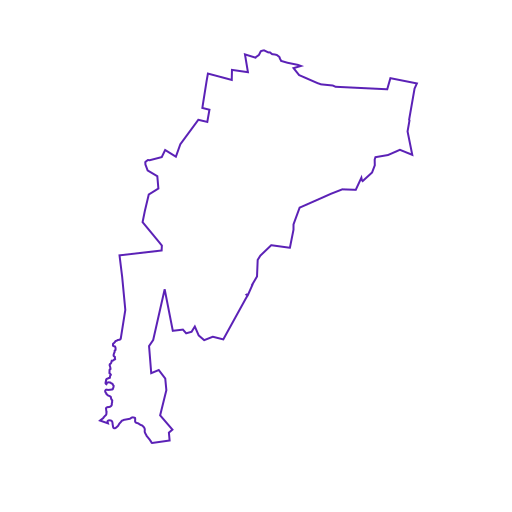 Bacadéhuachi, Sonora, Mexico, rotated 11°
{"feature_id": "50627088B33028528139861", "entity_name": "Bacadéhuachi", "entity_type": "district", "adm_level": 2, "iso_a3": "MEX", "parent_name": "Mexico", "parent_adm1": "Sonora", "projection": "robinson", "projection_center": [-109.205, 29.784], "detail": "fine", "context": "isolated", "style": "outline", "palette": "violet", "viewbox_px": 512, "rotation_deg": 11, "n_neighbors": 0, "source": "geoboundaries", "source_scale": "gbopen_adm2", "svg_char_len": 5776}
<svg xmlns="http://www.w3.org/2000/svg" viewBox="0 0 512 512"><g transform="rotate(11 256 256)"><path d="M138.3,232.8L138.2,244.4L155.7,258.8L161.6,263.7L162.3,268.6L121.9,281.4L128.6,302.0L136.8,329.8L138.0,333.9L139.0,362.9L138.8,363.0L138.8,363.4L138.6,363.8L138.4,364.0L138.1,364.2L137.6,364.4L136.8,364.7L136.4,364.8L136.1,365.1L135.6,365.5L135.4,365.8L134.5,366.2L134.3,366.4L134.2,366.6L134.1,366.8L133.9,367.5L133.6,367.9L133.2,368.5L132.8,369.1L132.5,369.3L132.4,369.6L132.5,370.2L132.7,371.1L132.7,371.3L132.8,371.4L133.2,371.5L133.6,371.6L133.8,371.7L134.0,371.7L134.5,371.7L134.8,371.7L134.9,371.8L135.1,372.0L135.3,372.4L135.7,373.1L135.8,373.6L135.9,374.3L136.0,374.6L136.0,374.9L136.0,375.1L135.7,375.4L135.6,375.6L135.4,375.8L135.3,376.1L135.5,376.9L135.5,377.4L135.4,377.9L135.2,378.5L135.2,378.8L135.1,379.9L135.1,380.5L135.3,381.1L135.5,381.4L136.0,381.6L136.6,381.9L136.7,382.0L136.8,382.1L136.8,382.3L137.1,383.5L137.2,383.8L137.4,384.1L137.3,384.3L137.0,384.6L136.5,384.8L136.1,385.3L135.8,385.7L135.4,386.0L135.1,386.2L134.9,386.3L134.5,386.4L134.4,386.4L134.4,386.5L134.3,387.0L134.3,388.0L134.3,388.3L133.9,389.3L133.5,389.8L133.3,389.9L133.2,390.0L133.1,390.3L133.1,390.5L133.2,390.9L133.2,391.1L133.2,391.3L133.5,391.7L133.6,392.0L134.2,393.1L134.3,393.3L134.4,393.7L134.4,393.9L134.6,394.2L134.7,394.5L134.7,394.8L134.4,395.0L134.0,395.5L134.0,396.0L134.1,396.3L134.1,396.6L134.2,396.9L134.2,397.3L134.3,397.9L134.4,398.3L134.4,398.8L134.7,399.2L134.9,399.3L135.0,399.3L135.3,399.4L135.4,399.5L135.5,399.6L135.8,399.9L136.1,400.1L136.2,400.3L136.0,400.6L135.8,401.3L135.7,401.5L135.6,401.8L135.7,402.2L135.7,402.7L135.8,403.2L135.8,403.3L135.7,403.4L135.7,403.5L135.3,403.7L135.1,403.7L134.8,403.9L134.4,404.0L134.1,404.4L133.8,404.7L132.9,405.1L132.7,405.4L132.5,405.9L132.5,406.2L132.5,406.7L132.6,406.8L132.7,407.0L132.7,407.3L132.5,407.9L132.5,408.3L132.5,409.1L132.6,409.4L132.6,409.6L132.7,409.8L133.3,410.3L133.6,410.4L133.7,409.9L133.8,409.3L133.9,409.1L134.2,408.8L134.3,408.7L135.1,408.2L135.5,408.1L136.2,408.1L136.4,408.1L137.1,408.0L137.3,408.0L137.8,408.4L138.0,408.5L138.6,408.7L139.0,408.7L139.4,408.8L139.8,409.2L140.2,409.8L140.7,410.3L141.0,410.5L141.1,411.0L141.1,412.3L140.9,413.2L140.8,414.0L140.7,414.2L140.5,414.4L140.1,414.4L139.6,414.7L139.1,414.9L138.7,415.0L138.4,415.1L137.7,415.3L137.1,415.5L136.5,415.7L135.9,415.7L135.2,415.7L134.7,415.7L134.4,415.8L134.2,416.0L134.0,416.3L133.8,416.9L133.7,417.1L133.7,417.3L133.8,417.7L134.3,418.6L134.7,419.0L135.2,419.3L135.3,419.4L135.4,419.5L135.5,419.7L135.5,420.0L135.9,420.3L137.1,421.0L137.6,421.2L138.9,421.4L139.8,421.7L140.0,421.8L140.4,422.1L140.5,422.3L140.6,422.8L140.8,423.2L141.2,423.8L141.3,424.1L141.4,424.4L142.2,424.9L142.4,425.1L142.5,425.4L142.5,425.6L142.5,426.2L142.7,427.2L142.7,427.3L142.6,427.9L142.6,428.4L142.8,429.3L142.8,429.8L142.7,430.2L142.5,430.7L142.1,431.2L141.4,431.9L140.7,432.2L139.9,432.5L139.3,432.6L139.2,432.7L138.9,432.9L138.3,433.2L138.0,433.6L137.9,433.9L137.8,434.1L138.5,436.3L138.6,436.8L139.0,437.3L139.1,437.6L139.1,437.9L139.0,438.2L139.1,438.6L139.3,439.5L139.2,440.0L139.2,440.3L139.0,440.8L138.5,441.5L138.1,442.0L137.7,442.8L137.2,443.5L137.0,444.3L136.1,445.2L135.6,445.9L135.0,446.4L134.3,447.3L142.6,448.5L142.3,447.9L142.0,447.6L141.8,447.0L141.8,446.5L142.1,446.0L142.4,445.7L142.8,445.5L143.3,445.3L143.9,445.2L144.5,445.2L145.0,445.2L145.7,445.4L146.0,445.6L146.5,446.2L146.7,446.5L147.2,447.9L147.4,448.6L147.6,449.2L147.8,449.6L148.0,450.2L148.3,451.0L148.6,451.5L148.9,451.9L149.3,452.1L150.0,452.1L150.6,451.9L151.2,451.4L152.0,450.4L152.3,450.0L153.1,448.9L153.3,448.2L153.7,447.0L154.1,446.2L155.0,444.8L155.4,443.9L155.6,443.5L156.0,443.1L156.5,442.9L157.5,442.1L159.8,441.2L162.1,440.3L162.7,440.1L163.1,439.9L163.6,439.6L164.5,438.6L164.9,438.3L165.5,438.0L165.9,437.9L166.4,437.9L167.6,437.9L167.9,438.0L168.2,438.1L168.4,438.7L168.6,439.3L168.6,439.8L168.8,441.0L169.0,441.7L169.5,442.2L170.0,442.5L170.6,442.6L171.5,442.7L172.5,442.8L172.9,443.0L173.3,443.2L173.7,443.4L174.9,443.8L175.3,443.9L176.3,444.0L176.8,444.2L177.4,444.6L178.1,445.1L178.8,445.6L179.4,446.4L179.8,447.1L180.0,447.9L180.1,448.8L180.3,449.8L180.5,450.2L181.3,451.4L182.3,452.5L182.5,452.8L182.7,453.2L183.2,453.7L183.5,453.9L183.7,454.1L184.6,454.8L185.4,455.5L186.4,456.3L187.4,457.3L187.5,457.5L187.8,457.6L188.0,457.8L188.8,458.8L189.0,459.1L189.6,459.4L206.4,453.6L204.2,446.0L207.1,442.4L192.3,430.7L193.6,404.8L190.3,393.6L182.3,386.5L175.5,391.0L168.2,364.8L171.1,358.1L172.7,306.1L188.6,345.3L198.3,342.2L202.2,345.2L207.2,342.7L209.4,336.9L214.9,344.9L221.2,348.5L229.0,343.5L239.8,344.1L254.0,300.0L255.3,296.3L254.1,295.8L254.4,295.5L255.5,295.8L258.0,285.0L257.7,284.9L258.9,281.6L260.9,275.9L258.4,259.5L260.2,254.8L268.9,242.5L287.0,241.5L287.7,241.4L287.8,223.1L287.0,218.9L286.8,217.9L287.0,216.4L289.6,200.2L317.9,180.5L328.0,174.1L341.3,172.0L344.5,159.1L345.4,161.3L346.4,162.1L354.0,151.9L355.3,144.3L354.1,138.7L354.4,136.2L366.3,131.7L377.0,124.3L390.1,126.9L381.0,104.8L380.8,93.7L380.3,93.0L379.7,61.4L381.0,55.9L354.0,55.8L353.0,67.3L301.8,74.7L298.8,74.0L287.0,75.1L285.2,74.8L283.6,74.6L263.8,70.2L257.0,64.4L263.8,60.9L260.6,60.4L250.0,60.3L243.4,59.7L242.8,58.8L241.7,57.6L241.3,56.5L240.5,55.9L238.1,54.7L236.0,54.6L233.3,54.8L230.9,53.5L229.2,53.8L224.7,52.6L223.8,52.9L222.6,53.5L221.7,54.0L221.5,54.6L220.5,58.1L219.5,59.2L218.0,60.7L217.7,61.4L206.7,60.2L213.0,77.1L196.9,77.9L198.6,87.8L174.0,86.1L174.1,93.0L174.9,116.3L175.1,120.9L182.4,121.3L182.6,133.7L173.4,133.3L160.4,160.7L158.4,173.8L146.6,169.3L144.6,176.9L133.3,182.3L131.6,182.4L130.1,184.0L129.4,185.0L130.0,187.3L133.3,192.7L143.9,196.5L147.3,208.4L139.0,216.1L138.3,232.8Z" fill="none" stroke="#5b21b6" stroke-width="2"/></g></svg>